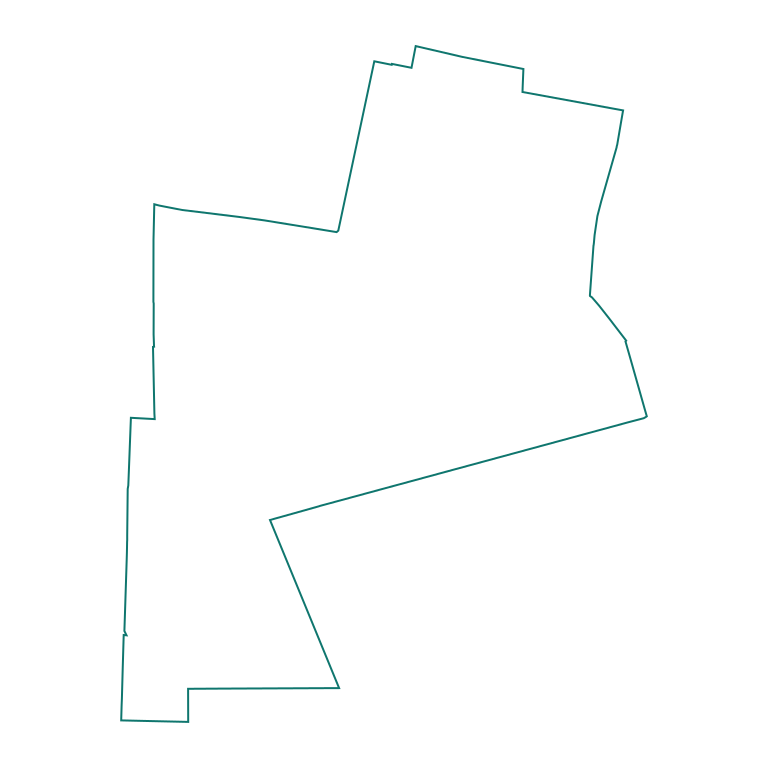 Visina, Olt, Romania
{"feature_id": "2599482B5784370948640", "entity_name": "Visina", "entity_type": "district", "adm_level": 2, "iso_a3": "ROU", "parent_name": "Romania", "parent_adm1": "Olt", "projection": "orthographic", "projection_center": [24.468, 43.858], "detail": "fine", "context": "isolated", "style": "outline", "palette": "teal", "viewbox_px": 768, "rotation_deg": 0, "n_neighbors": 0, "source": "geoboundaries", "source_scale": "gbopen_adm2", "svg_char_len": 1210}
<svg xmlns="http://www.w3.org/2000/svg" viewBox="0 0 768 768"><path d="M646.0,416.9L646.8,416.3L645.4,411.5L632.5,366.0L629.0,353.7L625.5,341.5L626.2,340.7L613.4,324.0L610.2,319.8L599.2,305.8L592.0,297.4L590.0,296.0L589.9,295.4L591.7,270.4L593.5,245.5L593.6,245.3L593.9,243.0L594.6,235.0L597.4,216.1L601.2,201.4L616.6,147.4L616.7,146.6L616.8,146.1L617.0,145.4L617.2,144.8L621.3,120.7L622.7,112.6L623.1,110.4L612.6,108.5L522.5,92.0L522.7,86.1L523.4,69.0L462.3,56.9L415.7,46.1L411.5,67.8L391.9,63.9L391.7,64.8L374.3,61.3L338.3,230.6L336.6,232.1L291.7,224.8L264.5,220.4L238.8,216.9L182.2,210.0L164.6,206.6L159.5,205.6L154.3,204.3L154.2,208.5L153.5,239.8L153.4,301.9L153.7,303.4L153.7,305.0L153.6,334.3L154.0,345.9L154.1,346.7L153.0,346.9L154.4,413.6L154.7,419.1L130.9,417.8L128.9,470.1L128.3,485.5L127.7,488.9L127.4,517.2L127.2,535.5L127.2,536.7L127.2,540.1L127.1,541.8L127.0,547.9L126.9,552.8L126.7,559.7L124.4,631.0L126.5,635.3L123.7,635.0L122.7,669.0L121.9,698.4L121.6,705.9L121.3,716.7L121.2,720.4L151.8,721.1L188.2,721.9L188.1,688.8L223.3,688.6L339.1,688.1L270.0,520.0L318.9,506.3L320.0,505.9L588.4,433.1L627.4,422.5L639.6,419.3L643.8,418.2L646.0,416.9Z" fill="none" stroke="#0f766e" stroke-width="2"/></svg>